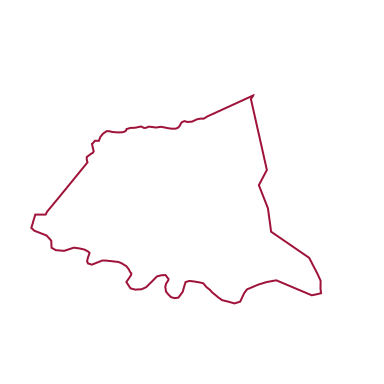 the district of Sharg Sennar, Sennar, Sudan, rotated 283°
{"feature_id": "16777658B19062452623819", "entity_name": "Sharg Sennar", "entity_type": "district", "adm_level": 2, "iso_a3": "SDN", "parent_name": "Sudan", "parent_adm1": "Sennar", "projection": "equal_earth", "projection_center": [33.793, 13.743], "detail": "fine", "context": "isolated", "style": "outline", "palette": "rose", "viewbox_px": 384, "rotation_deg": 283, "n_neighbors": 0, "source": "geoboundaries", "source_scale": "gbopen_adm2", "svg_char_len": 2137}
<svg xmlns="http://www.w3.org/2000/svg" viewBox="0 0 384 384"><g transform="rotate(283 192 192)"><path d="M299.9,230.0L268.9,189.7L267.7,188.7L266.0,186.7L265.4,183.7L263.8,180.3L262.2,178.3L260.5,176.0L259.2,171.7L259.4,168.8L258.0,166.7L256.8,165.9L253.8,165.2L251.7,164.1L250.0,161.8L249.1,157.8L248.8,153.9L248.6,147.3L246.7,142.3L246.4,139.1L246.0,135.3L244.3,132.9L243.6,130.9L244.4,127.8L242.9,124.5L241.7,121.8L240.5,117.3L239.1,115.1L238.7,114.1L236.9,113.9L235.2,112.1L234.3,110.0L233.3,105.9L232.6,101.2L232.6,100.6L232.6,97.4L232.5,97.1L232.3,96.4L232.2,96.0L232.1,95.3L232.1,95.2L229.0,92.3L225.3,90.4L220.9,89.7L220.1,85.9L217.4,84.5L217.3,84.4L216.4,83.7L209.4,87.1L207.8,86.5L206.9,85.4L202.4,81.6L199.8,82.2L198.8,82.7L197.4,83.5L177.0,73.5L153.5,61.9L140.2,55.2L138.4,54.8L138.2,54.8L137.1,54.5L134.7,44.4L127.4,43.9L126.3,43.9L125.2,43.8L120.9,43.5L118.8,47.1L116.9,60.1L112.9,65.8L106.1,67.7L104.7,72.4L105.9,80.7L111.2,89.4L111.7,95.1L111.7,97.7L111.7,100.2L110.7,104.0L109.6,105.9L105.0,105.4L101.0,105.3L99.0,106.7L98.7,110.8L102.3,116.0L105.1,120.1L105.9,124.0L106.2,127.2L106.5,128.9L106.7,131.3L107.3,136.0L106.7,139.5L106.2,141.0L105.6,142.6L105.1,144.5L102.4,147.9L101.2,148.8L99.6,150.3L99.1,151.2L97.4,151.3L96.3,150.9L93.3,149.8L91.4,149.0L89.5,148.3L86.9,151.0L86.2,151.7L84.3,153.8L84.1,158.6L85.0,161.6L85.9,164.8L89.0,168.8L94.4,172.2L96.7,173.7L98.1,174.5L101.9,176.9L104.0,180.9L105.1,184.9L101.9,188.7L100.5,188.7L99.2,188.2L96.9,187.4L93.4,187.3L91.7,188.1L89.2,189.0L86.9,191.9L84.9,195.1L84.6,198.7L86.0,202.5L89.1,203.9L90.3,204.4L91.2,204.8L92.7,205.4L99.1,205.7L102.8,206.0L104.8,209.5L105.2,213.4L105.5,217.6L105.6,219.6L105.6,223.5L102.7,227.3L101.6,229.5L100.8,231.3L98.7,234.3L97.2,237.3L96.1,239.6L95.5,240.6L93.4,245.6L93.3,252.1L93.0,258.5L96.0,263.6L105.2,265.6L109.5,267.5L116.6,277.3L121.1,285.1L124.0,291.8L124.9,294.1L118.3,331.9L120.1,335.9L122.4,340.5L126.9,338.9L134.4,337.3L140.7,332.5L154.2,321.0L171.1,278.0L178.9,275.1L193.3,269.6L213.7,255.6L230.3,260.0L245.7,252.6L295.8,228.5L298.1,229.3L299.8,230.0L299.9,230.0Z" fill="none" stroke="#9f1239" stroke-width="2"/></g></svg>